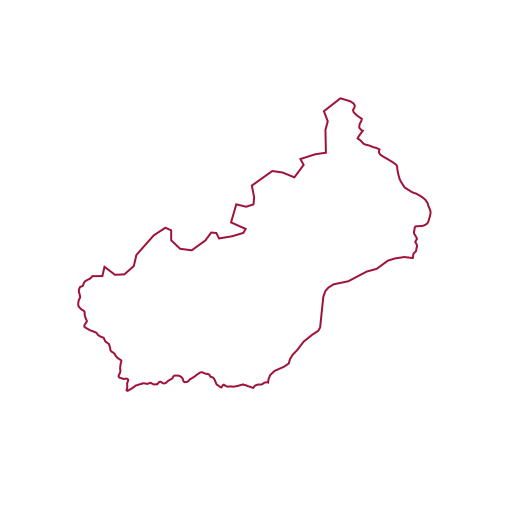 outline of Vayk, Vayots Dzor, Armenia, rotated 30°
{"feature_id": "60910142B90303504942673", "entity_name": "Vayk", "entity_type": "district", "adm_level": 2, "iso_a3": "ARM", "parent_name": "Armenia", "parent_adm1": "Vayots Dzor", "projection": "mercator", "projection_center": [45.554, 39.753], "detail": "fine", "context": "isolated", "style": "outline", "palette": "rose", "viewbox_px": 512, "rotation_deg": 30, "n_neighbors": 0, "source": "geoboundaries", "source_scale": "gbopen_adm2", "svg_char_len": 5370}
<svg xmlns="http://www.w3.org/2000/svg" viewBox="0 0 512 512"><g transform="rotate(30 256 256)"><path d="M250.3,77.2L249.1,80.1L243.4,94.2L242.4,96.6L250.8,103.5L253.1,112.1L264.9,131.6L256.3,138.4L246.0,149.8L251.7,153.3L249.9,168.7L237.3,170.4L227.6,174.3L217.2,197.1L225.2,206.3L228.0,212.6L222.8,218.3L213.1,221.1L217.6,239.4L233.5,237.7L233.5,242.3L225.5,250.8L215.2,259.3L210.1,255.9L205.5,258.1L204.4,267.8L197.5,283.2L186.7,287.7L174.7,284.8L169.7,276.2L163.4,276.8L157.1,289.3L151.9,314.9L155.2,325.8L151.2,337.7L143.3,342.8L130.2,341.1L133.0,350.2L124.3,355.3L124.1,356.9L123.5,358.8L122.4,360.3L122.0,360.9L120.6,363.4L120.4,364.6L120.5,366.1L120.9,367.7L120.9,367.8L120.9,368.7L120.6,369.0L120.1,369.6L119.2,370.7L119.2,372.3L119.7,374.2L120.7,375.9L121.1,376.2L122.1,377.0L122.8,377.8L124.0,379.2L124.3,379.6L124.5,380.4L124.5,381.1L124.6,382.5L124.8,383.6L125.4,385.1L126.1,386.6L127.2,388.1L128.7,388.8L129.9,389.1L131.7,389.6L133.2,389.6L134.5,389.6L135.3,390.0L136.2,391.1L137.0,392.6L138.0,393.6L139.4,394.9L141.5,396.4L142.2,397.2L142.2,398.1L142.1,399.4L142.0,400.8L142.0,401.9L142.5,402.7L143.1,403.2L145.0,403.3L146.7,403.3L148.2,403.3L149.7,403.3L150.8,403.1L152.3,402.7L153.5,402.7L154.5,402.4L155.8,402.3L156.9,402.5L158.2,403.2L159.1,403.5L161.0,403.5L162.1,403.5L163.6,403.2L164.8,403.0L165.6,403.3L166.4,404.2L167.1,404.5L167.7,405.0L168.8,405.5L170.2,405.5L171.0,405.6L172.6,405.8L173.4,406.4L174.2,407.1L174.9,408.0L175.7,408.6L176.3,409.5L176.5,409.8L177.4,410.6L178.5,411.0L180.9,411.1L181.9,411.3L183.2,411.7L184.0,412.5L185.7,413.1L186.8,413.5L188.5,413.6L190.1,413.7L191.3,413.7L191.6,413.9L191.9,414.2L192.2,415.1L192.3,415.4L192.6,416.6L192.9,417.7L193.5,419.1L194.1,420.4L194.8,421.8L195.3,422.3L195.8,422.9L196.2,423.8L196.7,425.4L196.7,426.7L196.8,427.6L196.9,428.4L197.2,429.0L197.9,429.4L198.7,429.6L200.3,429.2L201.2,429.0L201.3,429.0L202.2,428.9L203.0,428.5L204.0,427.9L204.8,427.1L205.8,426.8L206.6,426.8L207.2,427.1L207.7,428.3L207.8,429.6L208.1,430.7L208.5,431.5L209.1,432.3L210.0,433.8L210.6,435.1L210.8,436.5L211.1,437.1L212.1,436.9L212.3,436.9L212.8,436.0L213.4,434.9L214.4,433.3L215.2,431.6L215.6,430.9L215.8,430.6L216.1,429.6L216.4,428.7L216.9,428.0L218.0,427.0L218.5,426.4L219.3,425.4L220.0,424.7L220.9,423.9L221.5,422.9L222.6,422.3L223.7,421.8L225.1,421.4L225.8,421.1L226.4,420.5L227.1,419.6L227.8,418.7L228.8,418.4L229.8,418.5L230.7,418.4L231.2,418.4L232.6,417.9L233.4,417.1L234.5,416.7L234.9,415.2L234.9,414.8L235.1,413.9L235.6,412.9L236.8,412.5L237.9,412.7L239.1,412.7L239.9,412.4L240.5,412.1L241.4,411.1L241.8,409.6L242.1,408.7L242.2,408.4L243.2,406.5L244.5,404.4L244.8,402.9L244.6,401.8L245.0,400.6L245.5,400.1L246.8,399.4L248.5,398.4L250.3,398.1L252.1,398.2L253.6,398.7L254.4,399.5L255.6,400.5L256.6,401.0L257.4,400.9L258.3,400.2L259.2,399.5L259.9,398.5L260.2,397.0L260.4,395.9L260.8,395.3L261.7,393.7L262.4,392.3L263.3,390.6L263.8,389.1L264.6,387.5L265.2,386.2L265.9,384.9L266.9,384.0L267.9,383.5L269.7,383.4L270.9,383.2L272.1,382.8L273.1,382.3L274.6,382.1L275.4,382.3L276.2,383.0L277.2,383.3L278.4,382.9L279.6,382.8L280.5,383.0L281.8,383.7L282.9,384.5L283.9,385.3L284.9,386.0L285.6,386.6L286.4,387.0L287.0,387.0L287.5,387.0L288.1,387.1L288.9,387.1L289.9,387.3L290.8,387.4L291.6,387.3L291.9,386.1L291.9,384.9L292.0,384.0L292.5,383.5L293.4,383.5L294.4,383.8L295.7,383.6L296.9,383.2L297.8,382.7L299.0,381.7L300.5,381.1L301.7,380.5L302.9,379.6L305.0,377.8L306.9,375.8L307.6,375.0L308.3,374.6L308.9,373.7L309.4,373.6L310.5,373.6L311.3,373.2L311.8,372.9L313.6,372.9L315.5,372.4L317.0,372.0L318.5,371.9L319.5,371.6L319.7,370.8L319.8,369.7L320.0,368.7L321.0,367.4L322.2,366.2L323.6,365.4L325.0,364.5L325.5,363.9L325.7,363.4L326.1,362.5L326.6,361.5L327.1,361.0L327.9,360.5L328.7,359.7L329.4,359.5L329.7,359.5L328.5,356.6L327.8,352.1L329.5,346.3L335.6,337.9L338.1,332.7L337.0,328.2L337.1,323.5L338.7,316.9L340.1,306.3L344.1,296.0L347.3,289.7L347.3,285.9L334.7,257.7L333.6,251.5L334.5,247.2L337.3,241.8L348.6,231.7L359.6,214.2L366.9,206.8L372.5,194.1L377.7,188.5L385.0,182.7L392.8,179.4L392.2,177.8L391.3,175.6L391.4,174.2L391.8,173.1L392.1,172.0L391.8,170.7L391.1,169.0L390.7,167.3L389.6,165.8L388.4,165.1L386.9,164.2L386.8,162.7L386.9,160.8L386.1,160.1L384.9,159.3L383.7,158.6L381.8,157.6L380.7,156.2L380.5,155.2L380.0,153.8L379.5,152.7L379.2,151.5L379.5,150.5L380.4,149.8L382.5,148.5L384.5,147.2L385.9,145.9L387.1,144.3L388.0,142.3L388.1,140.4L387.8,139.0L387.5,137.7L386.8,134.7L386.2,133.0L385.5,131.1L384.7,130.0L383.3,128.7L381.5,127.4L380.3,126.4L378.1,124.4L374.5,122.6L371.0,122.0L367.7,121.8L363.5,121.9L360.8,122.5L358.0,122.7L355.9,122.5L353.9,122.5L352.4,122.4L351.4,122.5L350.0,122.1L348.1,121.1L346.7,120.4L344.8,119.4L342.8,118.2L341.0,116.7L338.1,113.8L335.2,110.4L333.5,108.0L332.2,107.0L330.5,106.7L327.0,106.4L321.5,106.3L316.5,106.3L313.8,106.2L312.3,105.8L310.6,104.6L310.0,103.4L309.7,102.0L308.4,102.0L307.0,102.2L305.0,102.5L304.0,102.9L303.3,103.1L302.6,103.2L301.3,103.3L299.2,103.6L297.2,104.2L295.0,104.8L293.1,105.0L292.0,104.7L289.6,103.9L287.4,103.5L285.2,103.4L285.1,101.3L285.3,99.3L285.5,96.7L285.8,94.1L285.2,94.3L283.9,94.1L282.7,93.8L281.4,93.3L280.8,92.5L280.1,90.7L279.7,89.4L279.8,87.9L279.7,86.8L279.5,85.4L279.0,84.5L279.0,84.3L273.4,83.9L268.8,82.7L267.0,81.1L267.0,77.9L266.3,76.3L264.1,75.1L260.3,74.9L250.3,77.2Z" fill="none" stroke="#9f1239" stroke-width="2"/></g></svg>